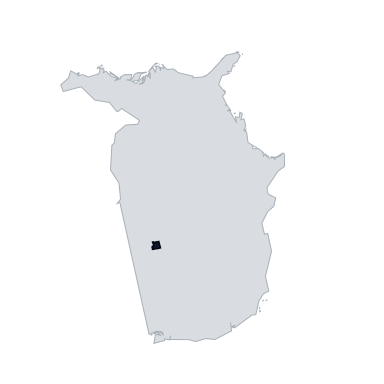 Custer, Montana, United States of America shown in context, rotated 255°
{"feature_id": "52423323B6606867099089", "entity_name": "Custer", "entity_type": "district", "adm_level": 2, "iso_a3": "USA", "parent_name": "United States of America", "parent_adm1": "Montana", "projection": "orthographic", "projection_center": [-105.487, 46.324], "detail": "fine", "context": "in_parent", "style": "filled", "palette": "ink", "viewbox_px": 384, "rotation_deg": 255, "n_neighbors": 0, "source": "geoboundaries", "source_scale": "gbopen_adm2", "svg_char_len": 4224}
<svg xmlns="http://www.w3.org/2000/svg" viewBox="0 0 384 384"><g transform="rotate(255 192 192)"><path d="M306.0,121.9L322.4,112.1L322.4,93.6L329.5,93.0L334.0,102.1L340.4,106.2L335.2,111.8L335.7,113.7L333.7,112.1L333.7,116.6L329.9,121.7L330.3,132.7L334.8,135.2L336.5,133.7L335.3,132.2L336.3,132.7L337.2,134.6L332.1,138.7L330.2,137.1L330.8,140.3L324.4,144.1L320.7,150.1L320.5,147.7L319.5,146.6L319.9,152.3L321.7,152.5L322.7,157.0L321.1,164.1L316.2,162.2L317.3,157.8L315.5,161.3L317.8,164.7L320.1,166.3L321.2,168.6L319.5,179.5L319.1,173.3L313.9,169.4L314.4,162.8L311.4,165.9L315.3,173.8L311.1,172.6L310.0,173.3L310.2,170.3L309.9,169.5L309.4,172.0L309.9,173.8L316.1,175.0L315.4,176.9L312.2,174.9L311.1,174.8L315.2,177.1L316.6,177.3L316.5,179.7L314.4,178.7L317.9,180.9L317.4,181.6L315.7,180.4L312.2,181.0L317.2,182.4L319.7,181.3L324.6,187.9L320.6,182.9L322.4,186.5L317.3,187.6L321.9,190.0L323.3,188.2L322.2,192.6L317.2,193.2L320.5,193.9L318.6,196.6L321.8,196.7L316.8,199.6L315.5,206.2L310.8,209.6L303.5,223.1L302.0,222.4L300.3,233.0L300.5,235.4L303.6,241.9L315.3,260.2L314.9,271.9L311.1,273.8L306.2,269.2L304.6,264.6L298.0,260.7L299.4,257.6L296.8,258.5L296.5,250.9L288.7,245.5L279.1,250.0L276.6,246.2L266.7,248.3L267.7,246.3L266.3,248.4L261.9,250.2L261.3,246.9L260.9,249.4L247.3,252.9L253.4,253.4L251.8,256.8L256.7,258.9L254.6,260.9L249.1,258.0L249.2,261.1L242.2,261.1L237.9,257.9L235.8,260.3L225.4,258.9L219.9,264.0L221.3,262.6L218.0,261.9L216.8,267.4L210.9,271.6L212.3,270.4L208.1,270.3L209.7,272.0L205.0,274.7L203.6,280.7L201.3,280.0L203.3,281.4L204.0,286.7L206.2,289.7L204.8,291.0L192.8,288.0L189.8,280.4L176.7,265.5L170.4,264.9L164.6,271.3L157.0,267.3L153.6,260.1L143.8,251.4L132.5,251.1L132.4,254.4L114.2,253.5L91.6,241.1L76.5,240.5L75.1,234.6L69.4,228.4L57.0,221.9L57.6,218.0L49.8,198.1L50.5,196.3L52.2,199.1L51.5,194.9L56.1,195.5L47.6,194.2L43.6,175.9L46.9,167.4L46.6,156.9L50.1,151.0L55.2,132.7L58.9,134.1L54.9,132.1L57.2,127.4L55.7,127.1L55.6,116.0L64.3,120.0L61.3,125.1L65.2,121.8L63.9,126.4L61.5,127.0L63.0,127.6L65.1,126.1L66.7,121.5L65.7,113.7L200.7,119.6L200.3,116.8L203.6,121.1L219.5,123.8L234.3,119.0L257.9,126.7L259.6,129.8L268.1,133.1L273.8,145.3L271.5,157.1L274.8,159.8L290.9,145.6L288.7,141.1L290.1,139.7L299.7,135.6L306.0,121.9ZM327.2,145.2L329.9,143.3L320.8,151.0L327.9,143.5L327.2,145.2ZM65.5,118.3L66.1,121.5L65.9,122.0L64.7,119.4L65.5,118.3ZM205.9,288.8L204.1,284.3L204.0,281.6L204.4,284.4L205.9,288.8ZM336.0,111.8L336.6,113.2L336.1,113.2L336.0,111.8ZM238.2,259.3L238.6,260.3L237.4,259.6L238.2,259.3ZM61.4,227.3L62.9,227.0L63.0,227.2L61.4,227.3ZM59.9,226.6L59.2,227.3L58.8,226.5L59.9,226.6ZM334.8,137.7L334.4,138.9L334.1,138.8L334.8,137.7ZM204.7,279.1L204.0,281.3L205.8,277.0L204.7,279.1ZM311.8,254.1L314.0,257.7L311.4,253.8L311.8,254.1ZM68.6,232.2L69.1,233.5L68.4,232.3L68.6,232.2ZM315.6,272.2L314.6,273.9L316.1,270.6L315.6,272.2ZM325.8,190.3L325.1,192.4L324.9,188.2L325.8,190.3ZM64.7,115.6L64.6,116.5L64.1,116.0L64.7,115.6ZM209.8,272.8L207.6,274.0L209.8,272.5L209.8,272.8ZM337.6,136.7L338.0,137.8L337.0,137.9L337.6,136.7ZM68.1,235.5L68.5,236.9L67.9,235.6L68.1,235.5ZM207.1,274.9L206.3,275.6L207.0,274.6L207.1,274.9ZM321.3,170.5L320.8,173.2L321.2,169.6L321.3,170.5ZM219.3,265.0L217.9,266.1L219.9,264.3L219.3,265.0ZM300.8,234.0L300.9,235.8L300.5,234.7L300.8,234.0ZM322.4,196.8L322.0,197.3L322.9,195.5L322.4,196.8ZM282.6,248.7L281.2,250.0L280.5,250.0L282.6,248.7ZM261.2,250.0L260.9,250.4L260.0,250.6L261.2,250.0ZM302.8,265.3L303.3,266.4L302.5,265.2L302.8,265.3ZM257.2,253.4L257.1,254.6L256.7,252.6L257.2,253.4ZM312.4,276.3L311.5,276.7L312.7,276.0L312.4,276.3ZM322.7,157.9L322.5,159.2L322.6,157.4L322.7,157.9ZM324.2,193.1L323.8,193.7L323.7,193.8L324.2,193.1Z" fill="#d9dde1" stroke="#a8b0b8" stroke-width="1"/><path d="M152.6,147.1L152.8,147.1L152.8,144.4L153.1,144.4L153.0,143.1L152.9,143.1L152.9,141.8L153.8,141.8L153.8,140.9L153.2,140.9L153.2,141.2L152.5,141.2L152.5,141.4L151.2,141.4L151.2,141.2L150.1,141.2L149.9,141.0L149.9,140.5L149.5,140.5L149.5,139.9L149.2,139.9L149.2,139.2L148.1,139.2L146.8,139.0L146.7,139.2L146.6,140.8L146.6,141.8L146.4,143.8L146.4,144.4L146.2,144.4L146.2,146.4L146.2,147.1L149.0,147.1L151.7,147.1L152.6,147.1Z" fill="#0f172a" stroke="#020617" stroke-width="1.5"/></g></svg>